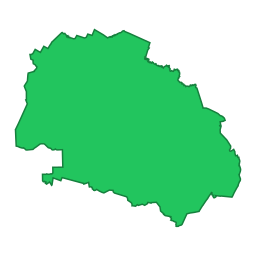 Alsviķu pag., Aluksne, Latvia (orthographic projection)
{"feature_id": "27541924B42168726179868", "entity_name": "Alsviķu pag.", "entity_type": "district", "adm_level": 2, "iso_a3": "LVA", "parent_name": "Latvia", "parent_adm1": "Aluksne", "projection": "orthographic", "projection_center": [26.89, 57.426], "detail": "fine", "context": "isolated", "style": "filled", "palette": "green", "viewbox_px": 256, "rotation_deg": 0, "n_neighbors": 0, "source": "geoboundaries", "source_scale": "gbopen_adm2", "svg_char_len": 5622}
<svg xmlns="http://www.w3.org/2000/svg" viewBox="0 0 256 256"><path d="M149.9,42.7L129.1,33.3L124.7,31.5L124.0,30.7L122.5,31.1L121.8,31.9L120.7,32.7L119.7,32.8L117.7,33.7L117.2,34.0L117.4,34.1L117.2,34.4L116.8,34.4L116.3,34.7L115.8,34.6L115.2,34.9L115.2,35.2L114.9,35.6L114.6,35.6L113.7,35.7L113.7,35.4L113.3,35.8L112.6,35.8L112.6,36.2L112.2,36.3L112.2,36.5L111.8,36.4L111.5,36.6L111.6,36.9L111.1,36.8L111.2,37.0L110.8,37.0L110.4,36.8L110.2,36.9L110.3,37.2L110.0,37.3L109.4,36.9L107.6,37.9L103.3,34.8L94.5,29.6L92.1,35.4L87.8,34.1L86.3,37.3L84.5,38.0L76.8,35.5L75.1,38.5L73.7,38.8L71.3,38.0L69.9,37.8L69.9,37.5L69.1,37.5L68.9,37.4L68.8,36.9L68.2,37.4L68.1,37.1L68.0,35.8L67.9,35.6L67.6,35.7L67.6,36.3L67.3,36.7L66.8,36.9L66.6,36.6L67.1,36.0L65.6,34.5L64.8,33.4L63.7,33.8L62.2,32.5L61.7,32.7L52.1,41.9L51.7,42.2L51.0,43.9L50.7,44.0L47.9,48.5L43.8,46.3L40.4,52.4L35.2,49.4L32.8,53.7L32.0,54.0L31.6,54.5L30.0,54.5L30.8,59.1L33.2,60.3L33.0,61.7L33.3,63.7L35.2,64.8L36.0,66.1L36.8,66.6L36.7,68.0L35.8,69.2L34.2,70.9L34.3,71.4L28.2,73.1L27.9,74.8L27.4,81.1L24.3,86.0L24.3,86.3L26.4,91.6L26.4,99.8L25.8,99.9L27.3,103.9L18.5,123.4L15.4,129.8L15.5,130.0L16.2,146.1L18.0,146.5L19.6,147.3L21.6,147.9L23.1,148.1L23.5,147.8L25.2,149.1L25.9,149.9L26.9,150.0L33.0,149.4L34.6,147.9L35.4,147.5L40.1,144.0L41.0,143.8L43.9,143.8L44.8,144.3L48.3,147.7L50.9,148.4L51.8,149.6L52.5,149.9L54.1,149.8L55.4,149.0L55.9,149.5L57.0,149.9L62.4,149.7L62.8,167.2L52.8,167.3L52.9,172.9L51.8,174.0L50.9,173.8L49.6,174.2L48.0,174.3L46.7,173.9L46.1,174.3L42.5,174.3L42.6,180.8L43.3,181.7L43.7,181.8L44.6,181.4L44.8,181.9L46.0,182.0L46.0,182.4L45.4,183.2L46.6,184.1L49.6,182.0L51.6,185.3L52.0,184.9L53.1,177.9L60.8,180.7L62.1,177.6L83.9,183.5L83.6,183.8L83.8,184.1L88.6,182.4L89.3,186.9L89.8,187.0L90.2,186.8L91.1,186.8L91.8,187.4L92.1,187.4L92.4,189.0L93.4,189.5L93.6,190.2L94.5,190.5L95.8,190.1L96.6,189.4L97.0,189.6L99.6,191.2L102.2,192.4L103.9,192.9L109.4,190.1L113.1,190.4L113.1,191.0L113.3,191.9L114.4,193.0L126.7,196.8L127.4,198.0L127.6,198.7L127.8,200.3L130.9,202.4L131.7,203.3L132.1,204.9L132.0,205.8L133.0,205.8L135.6,206.2L137.3,204.7L138.3,205.4L142.3,204.2L144.7,205.3L147.5,203.6L147.7,202.5L148.6,202.5L151.0,203.1L151.1,202.6L156.4,202.3L160.0,206.9L160.6,211.0L164.0,214.1L163.7,214.4L165.2,215.6L170.7,216.6L170.3,217.2L170.4,217.6L171.4,218.2L171.3,219.4L170.8,220.1L171.9,220.6L173.1,220.8L174.4,221.7L175.3,221.9L176.1,222.3L176.2,223.0L175.9,224.5L176.1,225.3L176.1,226.3L176.6,226.4L178.3,226.3L179.0,225.7L181.4,225.0L182.1,224.3L186.9,213.8L190.0,213.0L194.2,212.4L199.1,211.4L199.5,210.5L202.5,205.7L203.3,204.8L203.4,204.5L206.3,200.2L207.6,198.6L208.4,197.1L211.9,192.0L211.8,192.4L212.0,193.0L211.8,193.4L211.9,193.9L211.9,194.6L211.9,194.8L213.2,195.3L213.0,195.8L212.9,196.2L213.4,196.9L213.6,197.6L213.8,197.7L214.6,197.7L215.9,196.8L216.1,196.4L216.1,196.1L215.7,195.6L220.4,196.2L221.0,196.0L232.0,197.1L232.8,195.7L234.1,192.8L235.2,190.8L237.0,187.5L238.2,185.7L238.1,185.1L239.5,181.5L239.8,181.4L240.4,180.0L240.4,178.7L239.3,175.8L239.1,174.7L239.3,174.7L239.4,173.9L239.7,173.2L240.4,171.1L240.5,170.6L240.5,169.3L240.6,169.2L240.0,167.1L239.5,165.8L239.2,164.7L239.1,164.8L239.2,163.5L239.4,163.5L239.8,161.2L239.6,160.1L239.1,159.0L238.8,157.3L237.9,157.4L237.4,155.3L236.5,155.7L235.6,155.7L234.9,153.2L234.9,151.8L233.7,149.4L232.4,150.3L230.7,151.2L230.0,151.2L229.5,150.0L230.5,148.4L230.7,146.1L226.8,140.0L220.3,133.1L220.1,129.8L221.0,126.4L220.2,126.4L219.8,125.5L220.8,125.2L220.1,121.8L223.1,121.3L223.1,121.2L225.1,120.4L224.7,119.1L224.2,118.0L222.9,116.9L222.8,116.6L221.1,115.8L220.2,115.6L217.9,113.5L208.9,109.1L206.3,108.1L203.0,108.0L203.0,107.6L201.7,103.2L196.9,88.1L195.7,87.5L195.6,86.3L196.0,85.8L195.9,85.1L195.6,84.4L194.5,84.5L194.2,85.0L193.7,85.3L193.3,85.3L193.1,84.9L192.8,84.8L192.3,85.4L191.7,85.7L191.4,85.6L191.1,85.0L190.5,85.0L190.1,85.3L190.1,85.8L190.0,86.0L189.0,86.7L188.5,86.3L187.8,86.3L187.1,86.1L186.9,86.2L186.6,86.1L185.8,86.6L184.9,85.3L184.5,85.2L183.9,85.4L183.9,85.1L184.0,84.8L183.8,84.3L183.0,83.9L182.1,84.0L181.8,83.8L182.1,83.2L181.9,82.7L180.9,82.2L180.3,82.5L179.9,82.5L179.5,82.1L178.9,81.2L178.2,80.7L177.8,80.0L178.0,79.1L178.7,78.2L178.5,77.9L178.5,77.5L179.4,76.9L179.7,76.5L179.2,75.8L179.7,73.9L179.5,72.2L178.6,71.7L178.9,71.1L178.9,70.7L178.7,70.4L177.6,70.3L177.5,70.1L177.7,69.5L177.5,69.2L176.1,69.5L175.7,69.7L175.5,70.0L175.1,70.1L174.8,69.9L174.5,69.3L174.2,69.3L174.0,70.3L173.4,71.3L173.1,71.4L172.3,71.1L171.8,70.6L170.8,71.1L170.3,71.2L169.7,69.8L170.1,69.4L170.1,68.7L169.4,68.0L169.3,67.3L169.1,67.2L168.4,67.1L168.3,66.9L168.7,66.2L169.3,65.9L169.2,65.6L167.1,66.0L166.8,65.4L166.5,65.2L165.7,66.1L165.1,66.3L163.9,67.0L163.5,67.5L163.4,67.9L163.3,68.0L162.9,67.3L162.2,67.1L162.2,66.9L162.2,66.3L161.7,66.4L161.6,66.8L161.4,66.6L161.6,66.2L161.3,65.8L161.0,65.8L160.9,66.1L160.2,66.5L159.9,66.3L159.3,66.4L159.1,65.8L158.7,65.6L158.4,65.9L157.9,65.5L157.3,65.7L156.1,64.8L156.0,64.6L156.1,64.0L155.8,63.7L155.1,64.2L154.7,64.2L153.9,63.6L153.3,62.7L152.5,62.2L152.4,62.0L152.0,62.1L151.8,63.1L151.4,63.1L150.6,62.6L150.3,62.4L150.1,61.8L149.8,61.8L149.6,62.4L149.3,62.6L148.5,61.7L148.0,61.7L147.8,61.4L148.1,60.8L148.1,60.2L148.8,60.2L148.9,59.9L148.8,59.3L148.2,59.3L147.9,58.9L147.9,58.7L147.6,58.6L147.3,58.7L147.3,58.8L147.5,59.1L147.0,59.6L146.4,58.6L146.5,58.3L146.3,58.2L145.8,58.7L145.9,59.4L145.0,59.3L144.9,59.1L145.0,58.8L144.8,58.6L145.0,58.3L144.9,58.0L145.1,57.8L145.0,57.5L145.1,57.1L145.0,56.8L145.5,56.5L145.8,56.6L147.7,50.1L149.2,48.0L148.4,47.5L149.9,42.7Z" fill="#22c55e" stroke="#15803d" stroke-width="1.5"/></svg>